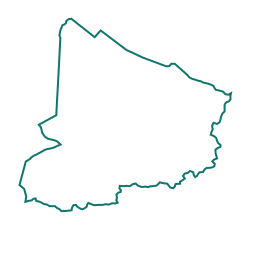 Filadélfia, Bahia, Brazil, rotated 282°
{"feature_id": "56859067B92163850644404", "entity_name": "Filadélfia", "entity_type": "district", "adm_level": 2, "iso_a3": "BRA", "parent_name": "Brazil", "parent_adm1": "Bahia", "projection": "robinson", "projection_center": [-40.167, -10.734], "detail": "fine", "context": "isolated", "style": "outline", "palette": "teal", "viewbox_px": 256, "rotation_deg": 282, "n_neighbors": 0, "source": "geoboundaries", "source_scale": "gbopen_adm2", "svg_char_len": 2322}
<svg xmlns="http://www.w3.org/2000/svg" viewBox="0 0 256 256"><g transform="rotate(282 128 128)"><path d="M34.4,43.0L36.2,46.2L37.2,48.9L38.9,50.0L39.9,52.2L37.5,53.5L37.6,56.3L37.1,58.8L36.1,61.4L36.3,64.5L35.2,67.7L35.8,70.3L36.4,72.8L35.1,74.9L34.2,78.1L32.9,80.2L33.7,83.5L34.8,87.2L35.8,89.9L38.3,89.8L41.2,90.7L41.9,93.1L40.4,94.8L39.3,97.9L39.0,100.4L40.4,102.2L42.5,104.0L44.5,104.0L46.4,104.8L45.9,107.7L45.4,111.2L46.5,114.3L47.1,117.3L47.7,119.7L48.8,122.0L49.2,125.5L51.1,128.1L51.4,131.0L52.8,133.4L55.0,131.5L57.5,131.8L60.4,130.5L62.7,131.9L63.9,134.1L65.9,133.9L67.0,132.2L69.7,132.0L70.2,135.9L71.1,138.5L71.4,141.8L74.0,144.3L75.3,147.1L73.8,149.4L73.1,153.7L74.3,157.0L74.3,160.0L75.5,161.7L76.1,163.8L77.5,167.8L79.7,169.4L81.5,170.4L81.3,173.7L81.7,178.0L80.3,179.6L78.5,181.9L78.5,184.8L80.2,185.9L83.0,186.1L83.7,188.3L84.3,190.5L86.2,190.0L88.2,192.1L90.4,194.1L92.5,191.8L95.1,192.9L96.6,195.8L98.8,197.5L98.3,201.0L95.7,202.1L94.0,204.0L95.7,205.6L97.6,206.1L99.5,207.1L100.5,210.5L103.1,211.4L105.2,213.1L106.2,216.7L107.1,218.7L108.5,220.4L111.0,220.3L112.8,217.4L114.7,218.5L116.8,221.4L118.6,220.5L120.6,219.3L122.8,218.6L125.0,218.0L127.1,220.0L128.7,222.3L130.6,222.0L132.0,219.3L134.2,217.6L136.7,216.3L138.0,213.6L138.6,210.3L141.6,210.5L144.5,211.1L147.7,209.8L150.8,210.6L150.5,214.2L152.5,216.3L155.1,216.7L158.1,216.6L162.0,217.4L164.2,219.0L166.4,218.6L169.0,218.0L171.4,217.7L173.7,218.9L175.0,221.1L177.3,222.3L180.7,221.5L183.4,221.5L181.5,219.5L181.3,216.3L183.2,213.6L183.6,211.3L183.6,208.7L183.6,206.0L185.1,204.3L187.0,202.7L187.6,200.1L188.0,197.5L188.1,194.7L188.1,191.9L188.9,189.5L188.8,187.0L189.2,183.9L189.4,180.8L190.2,177.6L192.2,175.1L193.6,172.6L200.5,160.4L199.9,157.1L197.1,155.5L196.3,152.6L199.9,128.1L204.0,110.2L217.7,81.0L209.9,76.5L223.1,49.8L222.1,47.3L219.9,45.5L217.8,45.5L216.1,44.3L214.8,42.4L212.4,42.1L209.4,41.5L204.3,41.7L202.1,43.1L163.7,49.2L137.4,53.3L133.8,53.9L129.3,54.6L125.6,55.2L112.7,40.1L110.5,42.7L108.1,43.9L105.7,44.9L103.8,46.8L102.1,48.7L100.8,52.1L100.8,55.5L100.6,59.1L100.2,61.4L97.8,65.5L95.4,62.1L93.3,59.4L91.7,56.2L90.5,53.1L89.2,51.1L87.5,49.2L86.0,47.5L84.4,45.6L82.9,43.8L81.3,41.6L79.3,39.7L77.3,38.5L75.5,36.7L74.0,35.0L49.7,33.7L46.8,39.1L39.9,42.7L34.4,43.0Z" fill="none" stroke="#0f766e" stroke-width="2"/></g></svg>